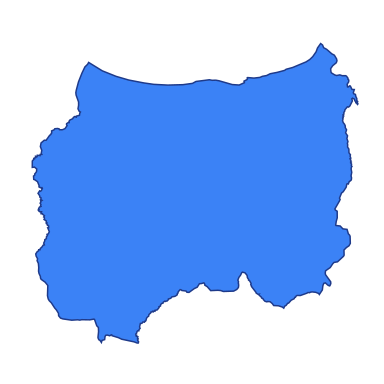 Lumajang, Jawa Timur, Indonesia, rotated 183°
{"feature_id": "22746128B76070527787319", "entity_name": "Lumajang", "entity_type": "district", "adm_level": 2, "iso_a3": "IDN", "parent_name": "Indonesia", "parent_adm1": "Jawa Timur", "projection": "orthographic", "projection_center": [113.148, -8.125], "detail": "fine", "context": "isolated", "style": "filled", "palette": "blue", "viewbox_px": 384, "rotation_deg": 183, "n_neighbors": 0, "source": "geoboundaries", "source_scale": "gbopen_adm2", "svg_char_len": 5833}
<svg xmlns="http://www.w3.org/2000/svg" viewBox="0 0 384 384"><g transform="rotate(183 192 192)"><path d="M342.1,126.3L342.2,125.2L343.4,124.4L344.8,122.0L344.3,119.8L342.7,117.2L343.1,115.3L341.7,112.7L341.1,108.5L341.1,104.9L340.5,102.6L339.0,99.8L338.8,98.2L338.1,96.9L334.0,94.3L331.1,91.1L330.9,80.9L330.0,77.7L328.9,76.0L326.7,74.0L323.0,68.9L321.3,67.2L319.0,63.9L318.7,61.4L316.7,59.2L314.3,58.5L305.4,57.7L299.5,58.4L297.3,58.2L295.5,58.7L287.3,59.0L283.5,59.9L282.7,59.7L280.1,53.4L278.4,51.8L278.0,47.7L278.3,41.9L277.9,40.6L277.1,39.4L276.2,39.1L274.6,37.0L274.1,39.1L271.5,40.0L271.3,43.1L270.6,44.4L269.1,44.7L266.6,44.1L265.1,45.2L264.4,44.9L264.3,44.3L257.9,42.7L254.5,41.3L241.9,39.3L238.9,38.3L237.7,38.4L237.5,39.7L238.5,40.8L238.2,41.6L238.6,42.1L238.2,42.8L238.8,43.2L238.5,44.7L240.0,45.0L239.8,45.9L240.4,45.9L240.7,47.2L239.9,48.2L239.6,49.8L239.0,50.5L237.8,50.6L237.7,51.8L236.7,53.1L237.3,54.5L236.7,58.0L235.2,58.2L234.1,59.7L232.7,59.5L232.2,60.6L231.8,60.5L231.3,61.1L230.8,63.6L230.0,64.8L228.8,65.7L228.6,67.4L226.9,69.1L226.7,70.0L225.7,70.1L225.3,70.8L224.3,70.3L223.8,71.1L222.8,71.0L222.9,71.8L220.5,72.5L218.8,74.9L219.0,75.7L217.5,76.5L217.4,77.9L216.4,79.1L215.2,79.4L215.1,80.2L213.7,81.5L212.6,81.3L212.2,81.7L211.2,81.8L209.8,83.4L209.9,84.0L207.7,84.7L206.6,86.2L203.6,86.9L202.0,88.0L201.4,88.6L201.3,89.9L200.8,90.2L200.5,91.7L198.7,93.9L197.5,93.6L197.0,93.1L192.8,92.8L191.8,91.6L189.7,91.6L184.6,95.7L181.8,97.2L179.8,100.8L178.0,101.0L175.4,101.9L174.4,100.6L174.3,99.6L171.9,98.3L168.2,94.5L161.1,95.2L158.2,95.1L155.5,94.3L145.2,95.2L142.2,97.0L140.7,99.0L140.5,100.8L140.7,102.8L141.1,103.5L140.8,104.7L141.6,106.4L140.7,109.2L139.2,111.4L138.1,114.0L137.5,114.6L134.9,114.1L132.6,111.6L132.2,109.4L130.8,107.5L130.9,107.0L129.7,106.2L128.2,103.7L128.5,102.5L127.7,101.4L127.7,100.8L122.9,95.2L122.6,94.4L120.5,93.2L119.7,93.4L119.9,93.1L119.4,92.3L117.5,90.9L116.9,89.7L115.7,89.4L115.1,88.3L113.4,86.7L111.4,86.2L110.8,86.6L108.2,86.5L105.9,84.7L104.5,82.9L99.7,82.9L95.7,81.8L94.3,80.8L93.5,82.8L92.1,83.7L90.6,85.9L89.7,86.1L87.3,89.1L84.4,90.8L83.8,92.2L83.2,92.3L82.5,93.6L81.6,94.2L78.4,94.3L71.9,97.0L71.0,97.7L69.2,97.6L68.7,98.1L66.8,98.5L63.2,98.3L60.2,97.3L59.5,96.3L56.7,101.0L56.4,105.3L55.6,107.7L54.0,108.2L51.6,106.2L49.9,105.4L49.4,105.6L48.6,107.7L48.8,109.6L54.3,116.4L54.7,118.0L54.5,120.3L50.0,123.8L47.7,127.7L46.5,129.1L43.0,129.9L37.3,135.8L36.8,136.9L37.2,142.0L34.9,144.6L32.4,146.5L31.2,149.0L31.8,156.0L32.3,157.1L33.7,158.5L35.2,162.8L39.4,163.1L42.2,165.8L46.5,166.1L46.8,166.5L46.4,170.3L45.6,173.8L46.0,180.4L47.9,181.5L48.4,182.6L44.3,190.7L43.7,192.3L44.4,193.6L42.6,198.8L41.0,200.2L38.3,204.8L37.8,208.0L37.2,208.4L36.3,208.2L35.6,210.5L33.8,212.0L33.5,212.7L33.4,214.5L34.0,216.4L33.5,220.0L34.3,223.3L34.1,225.3L33.6,225.8L34.3,226.9L34.1,228.2L35.1,229.4L34.5,230.2L35.1,230.6L34.9,231.5L35.9,233.4L35.3,233.5L35.2,234.1L36.0,236.2L35.7,237.4L37.3,239.4L37.6,243.1L39.0,245.0L39.0,247.4L39.4,248.7L38.9,250.5L40.1,253.5L39.6,256.3L41.7,259.1L40.9,262.2L42.3,264.3L42.4,266.0L43.2,267.6L44.6,269.2L45.4,271.2L45.1,272.1L45.4,273.8L44.9,274.0L45.2,275.6L44.5,275.9L45.2,277.0L44.4,277.7L44.5,279.4L43.7,280.8L43.6,282.1L41.3,285.2L40.1,285.0L38.9,286.1L36.6,291.3L37.3,293.4L36.6,294.1L34.6,293.2L34.2,291.6L33.2,290.8L33.1,289.7L32.4,289.5L31.3,288.1L30.9,288.7L31.7,290.2L31.3,291.1L32.2,291.9L32.3,293.9L33.4,296.0L33.9,298.0L35.7,298.6L36.1,299.6L35.3,302.8L37.6,302.8L39.4,306.1L40.0,306.3L41.4,305.1L42.2,305.1L42.7,307.7L41.3,310.2L41.3,312.0L42.1,312.6L42.2,313.8L43.8,315.8L44.7,316.2L48.0,316.0L50.5,316.7L53.7,315.9L55.6,316.4L59.1,318.3L59.6,319.6L60.0,322.4L58.1,325.5L54.7,328.6L54.1,330.6L54.6,332.5L57.0,336.1L59.6,337.3L65.1,341.6L68.1,343.0L69.3,345.6L71.3,347.0L74.2,342.4L75.4,338.5L78.5,333.5L81.3,330.5L84.9,327.9L98.0,321.6L104.4,319.5L105.9,318.3L113.3,315.9L120.1,314.2L123.6,312.2L127.8,311.2L130.2,310.0L136.1,309.0L142.4,309.2L142.9,308.8L142.5,307.9L142.9,307.2L145.9,305.4L145.4,303.9L150.5,301.3L157.4,301.4L170.9,304.5L174.1,304.9L177.8,304.6L180.5,305.0L193.8,302.6L197.2,300.5L206.7,298.7L221.8,297.5L235.8,297.5L245.8,298.4L261.0,300.5L273.8,303.5L287.9,308.3L302.0,316.0L302.9,314.1L305.5,311.3L308.1,305.0L311.1,296.1L312.9,287.6L313.2,285.1L312.8,282.7L310.0,276.0L309.8,272.7L310.2,269.1L308.9,266.7L307.6,266.0L308.2,264.9L308.4,262.7L311.5,261.7L311.5,260.8L313.2,261.2L314.4,260.2L314.9,259.0L317.7,257.5L318.5,256.2L318.3,254.9L319.2,254.9L320.8,253.7L320.8,252.6L320.2,251.8L322.1,248.7L324.4,247.5L325.6,247.3L327.6,247.3L328.0,248.1L329.5,248.4L332.3,248.0L333.1,246.8L335.4,245.7L335.2,243.5L335.7,243.1L336.0,242.0L337.1,241.2L340.4,236.0L342.2,236.0L345.3,233.1L345.8,229.4L344.2,225.7L344.6,222.7L344.0,221.7L345.6,221.5L345.6,220.4L348.4,220.6L348.5,219.3L350.0,219.5L349.7,218.4L350.6,218.3L350.9,217.0L351.8,217.2L351.9,216.1L353.1,214.6L352.8,208.2L350.6,208.6L348.3,206.9L348.3,204.6L348.7,203.5L350.0,201.8L349.9,200.7L351.1,199.6L350.7,196.3L349.5,195.9L346.8,194.2L345.0,190.3L345.1,189.1L343.8,188.4L343.2,188.6L342.7,188.0L342.0,188.4L341.6,187.7L342.5,185.6L343.4,184.8L344.2,185.2L345.7,182.6L344.0,180.4L343.5,178.6L342.6,178.4L342.4,176.5L341.3,175.8L341.8,175.5L342.8,175.9L342.4,174.1L343.1,172.9L342.2,171.6L342.5,170.5L342.0,169.7L343.5,169.0L344.3,167.4L343.8,166.4L344.6,166.1L344.5,165.6L343.3,164.4L341.3,164.4L341.8,163.2L341.5,162.3L340.3,162.6L339.9,161.9L338.1,160.6L338.8,159.3L338.2,159.0L337.9,157.4L338.3,156.8L336.0,155.5L336.0,153.9L335.3,153.6L335.8,152.8L334.6,152.0L334.7,151.3L333.4,150.6L333.3,148.8L334.2,148.7L332.4,144.8L333.4,142.6L334.6,142.1L334.1,140.8L335.0,139.8L335.0,137.8L336.5,136.7L336.5,135.4L337.4,133.2L336.7,131.5L337.8,131.2L339.0,129.2L340.6,127.6L340.7,126.4L342.1,126.3Z" fill="#3b82f6" stroke="#1e3a8a" stroke-width="1.5"/></g></svg>